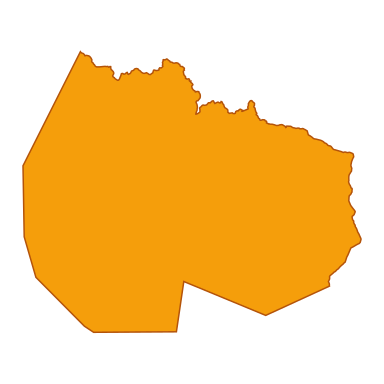 outline of Abeibara, Kidal, Mali
{"feature_id": "8926073B20562192673680", "entity_name": "Abeibara", "entity_type": "district", "adm_level": 2, "iso_a3": "MLI", "parent_name": "Mali", "parent_adm1": "Kidal", "projection": "orthographic", "projection_center": [2.565, 19.628], "detail": "fine", "context": "isolated", "style": "filled", "palette": "amber", "viewbox_px": 384, "rotation_deg": 0, "n_neighbors": 0, "source": "geoboundaries", "source_scale": "gbopen_adm2", "svg_char_len": 5905}
<svg xmlns="http://www.w3.org/2000/svg" viewBox="0 0 384 384"><path d="M329.5,286.1L329.3,285.3L329.4,284.3L329.2,283.3L328.6,282.1L328.4,281.5L328.8,280.8L329.6,279.0L329.6,277.8L329.6,276.3L330.2,275.5L331.0,274.9L332.9,273.3L334.1,272.1L335.3,271.5L335.9,270.9L336.7,269.9L338.1,269.0L339.0,268.0L340.0,266.8L341.5,265.4L343.1,264.1L344.2,262.8L345.1,262.2L345.5,261.1L346.8,257.0L347.8,255.2L350.8,248.1L351.3,247.7L353.0,246.9L356.0,245.1L357.6,244.2L359.2,243.5L360.2,242.4L361.0,239.5L360.9,238.5L359.8,236.1L358.8,233.8L357.7,232.0L357.1,230.1L356.4,228.3L355.2,226.5L355.2,225.8L355.1,225.1L354.5,224.3L354.0,223.4L353.7,222.5L353.7,221.1L353.5,220.7L352.8,220.0L352.5,219.4L352.1,217.1L352.2,216.3L352.9,215.8L353.6,215.2L354.2,214.4L355.2,211.8L354.8,210.8L352.3,207.6L350.7,205.4L349.2,201.9L348.8,200.8L348.9,199.4L349.0,197.3L349.2,195.9L349.5,195.5L350.2,194.9L351.1,193.8L351.4,192.8L351.7,192.5L352.0,192.0L352.0,191.3L352.0,190.5L352.2,189.0L351.9,188.3L351.3,188.1L350.9,187.5L350.7,186.7L350.3,185.7L349.3,184.1L348.8,182.7L348.6,181.7L348.9,180.4L348.8,179.2L348.8,178.1L348.8,176.9L349.0,175.4L349.3,174.6L350.8,172.1L351.5,171.1L351.6,169.7L351.8,168.3L351.0,166.1L350.9,164.9L351.3,163.2L351.6,161.6L352.2,160.0L352.9,158.3L353.6,157.1L353.7,156.6L353.2,154.1L352.6,153.5L351.2,152.9L349.9,152.4L349.2,152.3L347.8,152.6L346.7,152.5L345.8,152.1L344.9,152.1L344.1,152.1L343.3,152.5L341.3,151.6L335.4,149.9L333.7,149.5L333.0,148.9L331.1,146.5L330.4,146.0L329.3,145.8L327.8,145.3L327.5,144.8L326.7,143.9L325.8,143.3L324.4,142.8L323.6,141.8L321.7,140.7L320.4,140.2L316.0,139.1L314.5,138.9L313.5,138.5L311.9,137.1L309.9,135.7L308.5,135.0L308.2,134.5L307.2,130.9L305.1,129.6L304.3,129.3L303.6,128.8L302.7,128.5L301.3,128.8L300.7,128.8L299.7,128.7L299.2,128.2L298.3,128.1L297.7,128.1L296.6,128.3L295.7,128.4L294.9,128.0L293.5,127.8L292.4,127.4L291.3,126.6L290.7,126.3L287.2,126.1L286.4,126.2L286.2,126.7L286.2,127.2L285.8,127.5L285.5,127.1L285.4,126.6L284.6,126.1L282.7,124.9L281.8,124.6L279.9,124.8L278.4,125.4L276.4,125.5L274.4,124.8L272.6,124.3L271.5,124.2L270.3,124.2L269.2,123.9L268.9,124.0L267.9,123.5L267.2,123.3L266.5,122.9L266.7,122.4L266.6,121.6L266.3,121.1L265.6,121.0L265.0,120.6L264.9,120.1L264.3,119.8L262.5,119.7L260.9,120.3L260.1,120.2L259.8,119.5L259.7,119.0L258.7,118.3L258.3,117.6L258.1,116.9L257.3,115.4L256.7,115.1L256.2,114.7L256.4,113.9L256.8,113.4L256.5,112.7L255.8,111.8L255.2,109.4L255.1,108.6L254.9,108.0L254.1,107.4L253.9,106.7L253.9,106.2L254.4,105.6L254.4,104.9L254.4,104.5L254.6,104.0L254.4,103.2L253.8,102.6L252.3,101.5L252.2,101.0L251.6,100.6L250.9,100.6L250.2,100.9L249.5,101.7L249.0,102.5L248.3,103.8L248.4,104.3L248.4,105.4L247.8,106.9L247.8,107.6L248.1,108.4L248.0,109.0L242.5,111.3L242.1,111.3L242.6,110.3L241.9,110.1L241.1,109.5L240.2,109.2L239.5,109.5L238.8,110.1L238.2,110.9L237.5,110.8L236.4,111.1L235.7,111.7L235.3,113.2L234.5,113.6L233.0,113.5L232.4,112.9L231.1,113.0L229.2,113.4L228.8,112.9L227.8,112.2L227.9,111.5L227.8,110.4L227.7,109.8L226.6,108.7L225.0,107.8L224.6,107.3L224.1,106.1L223.6,104.5L222.6,103.6L222.4,102.7L221.8,101.7L221.1,101.5L220.5,102.8L219.8,103.0L218.0,102.1L217.1,102.4L215.9,102.9L214.9,103.5L214.5,103.0L213.4,100.9L212.8,100.9L212.2,101.0L211.4,101.6L210.7,102.4L210.3,102.8L209.2,102.7L208.4,102.8L207.4,104.0L206.8,104.7L206.0,105.1L204.2,105.3L203.1,105.0L202.1,105.5L201.2,106.6L199.9,107.6L199.6,108.3L199.9,109.4L200.0,111.6L199.6,112.3L198.6,113.0L196.8,114.0L195.9,114.1L195.9,113.7L196.1,112.9L196.3,112.0L197.1,110.1L197.1,108.7L197.4,107.6L197.3,106.2L197.0,104.6L196.4,103.2L196.0,102.2L196.4,101.3L197.0,100.8L198.0,100.7L198.5,100.0L199.3,99.0L200.1,97.9L200.3,96.6L200.3,95.5L200.1,94.4L199.7,93.5L198.9,92.4L198.8,91.7L198.0,91.5L196.8,91.5L195.8,91.9L195.3,91.9L195.0,91.2L194.7,90.7L193.9,90.5L193.0,89.6L192.1,88.2L191.9,87.1L191.7,86.1L192.2,85.5L192.6,85.2L192.9,84.7L192.5,83.9L192.0,83.3L191.2,82.7L190.7,82.2L190.8,81.7L190.9,81.0L190.3,81.0L189.6,81.1L189.3,80.7L189.5,79.5L189.0,78.9L188.2,78.8L187.7,79.1L186.7,79.0L186.3,78.6L185.6,78.5L185.4,78.0L185.6,77.3L185.5,76.7L184.9,76.1L184.5,75.3L183.9,74.9L183.7,73.9L183.6,73.1L183.3,71.9L183.4,71.1L183.9,70.6L184.4,70.1L184.0,69.3L184.4,68.6L184.2,68.0L183.2,67.3L182.8,66.8L182.2,66.5L181.2,66.5L180.5,66.3L180.0,65.5L179.7,64.4L179.3,64.3L178.6,63.9L177.9,63.1L176.4,62.8L175.4,62.9L174.5,63.2L173.1,63.0L171.9,62.2L170.6,62.1L170.0,61.7L169.9,61.2L169.3,60.8L168.5,60.3L167.2,59.1L166.5,59.0L165.6,59.6L164.8,59.9L163.8,59.6L163.3,59.7L163.0,60.1L163.2,60.9L162.9,61.6L162.5,62.3L162.5,62.8L162.8,63.9L162.7,64.5L162.4,65.3L162.9,66.1L162.7,66.7L161.5,67.8L160.7,67.9L159.7,67.8L159.0,68.7L159.0,69.8L158.2,70.3L156.2,70.6L154.9,70.2L154.0,70.0L153.5,70.4L152.7,73.0L151.7,73.5L150.3,74.6L149.0,74.4L147.6,73.3L146.4,72.7L145.4,73.1L144.2,73.4L143.1,73.2L141.6,72.4L140.1,70.8L138.5,69.8L137.9,68.8L136.3,68.5L135.0,68.8L134.4,69.2L133.6,70.3L132.9,70.6L132.1,70.8L131.4,71.2L131.0,72.3L130.2,73.5L129.3,73.8L128.8,74.2L128.5,74.4L127.9,74.1L127.5,73.0L127.3,72.4L127.0,72.4L125.5,73.4L124.9,74.0L123.9,74.2L122.8,73.5L122.0,73.5L121.4,73.7L120.8,75.7L119.7,78.3L119.3,79.3L118.5,80.2L117.6,80.3L116.4,79.5L115.6,79.1L114.5,78.1L114.4,77.7L113.6,77.3L112.8,76.4L112.7,75.7L113.6,74.0L113.8,73.1L113.6,72.5L113.4,71.9L112.6,70.9L112.0,70.2L111.4,69.8L110.9,69.0L110.7,67.2L110.7,66.6L110.0,66.5L109.5,66.9L108.8,67.2L108.2,66.8L107.8,66.4L106.2,66.6L105.6,66.4L104.6,66.4L103.4,66.5L101.5,66.7L99.3,66.9L96.6,66.9L95.4,66.3L94.9,65.6L94.5,64.8L93.7,64.2L93.3,63.3L92.7,62.6L91.9,62.0L91.6,61.1L91.8,60.6L91.9,59.9L91.5,59.0L90.9,57.9L90.0,56.8L89.5,56.3L88.8,55.9L86.7,55.4L85.9,55.4L85.4,55.7L84.8,55.7L84.6,55.1L84.3,54.6L83.7,53.9L83.2,53.5L81.7,53.0L81.0,52.5L80.4,51.7L23.0,165.8L24.2,236.8L35.9,277.3L84.4,326.2L93.6,332.3L176.4,331.8L183.8,281.5L265.7,315.4L329.5,286.1Z" fill="#f59e0b" stroke="#b45309" stroke-width="1.5"/></svg>